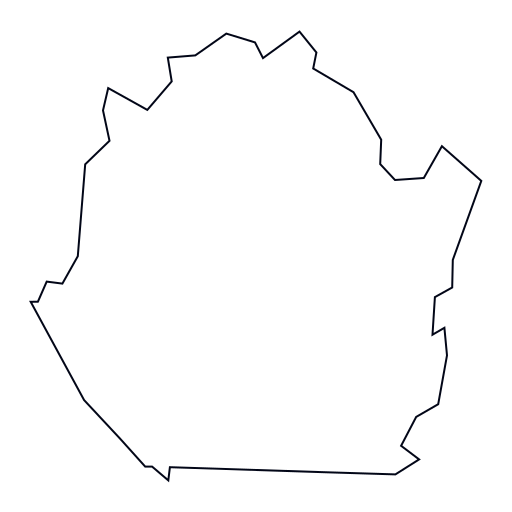 Union, Tennessee, United States of America
{"feature_id": "52423323B38749584273521", "entity_name": "Union", "entity_type": "district", "adm_level": 2, "iso_a3": "USA", "parent_name": "United States of America", "parent_adm1": "Tennessee", "projection": "natural_earth1", "projection_center": [-83.834, 36.298], "detail": "fine", "context": "isolated", "style": "outline", "palette": "ink", "viewbox_px": 512, "rotation_deg": 0, "n_neighbors": 0, "source": "geoboundaries", "source_scale": "gbopen_adm2", "svg_char_len": 648}
<svg xmlns="http://www.w3.org/2000/svg" viewBox="0 0 512 512"><path d="M37.9,301.7L30.7,301.8L84.1,400.1L120.2,438.8L145.2,466.6L152.1,466.6L168.3,480.4L169.9,467.2L323.9,472.2L395.4,474.4L419.1,459.4L401.1,445.8L416.2,416.9L438.2,404.2L447.0,355.4L444.4,327.8L432.5,334.7L434.9,297.1L452.2,287.5L452.8,259.9L481.3,180.9L441.9,146.2L423.8,178.0L395.0,180.0L380.2,164.1L381.2,139.7L353.5,92.2L313.2,68.5L316.4,52.5L299.5,31.6L263.0,58.1L255.0,42.4L226.3,33.6L195.3,55.4L167.8,57.6L171.7,81.4L147.3,109.9L108.2,88.1L103.0,110.4L109.5,140.8L85.2,164.3L77.8,256.2L62.4,283.6L46.7,281.6L37.9,301.7Z" fill="none" stroke="#020617" stroke-width="2"/></svg>